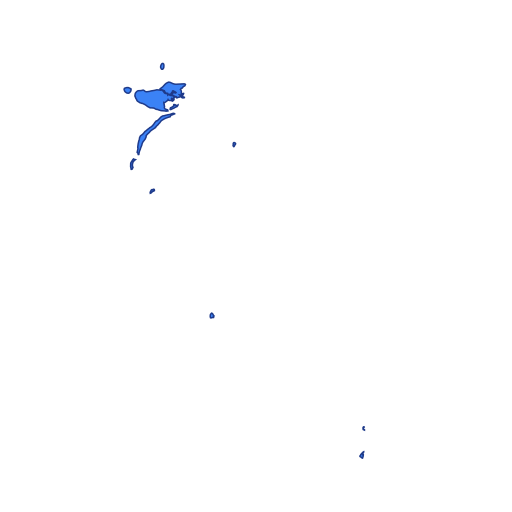 Temotu Pele, Solomon Islands, rotated 216°
{"feature_id": "97153195B69741272399773", "entity_name": "Temotu Pele", "entity_type": "district", "adm_level": 2, "iso_a3": "SLB", "parent_name": "Solomon Islands", "parent_adm1": "", "projection": "natural_earth1", "projection_center": [166.262, -10.185], "detail": "fine", "context": "isolated", "style": "filled", "palette": "blue", "viewbox_px": 512, "rotation_deg": 216, "n_neighbors": 0, "source": "geoboundaries", "source_scale": "gbopen_adm2", "svg_char_len": 6022}
<svg xmlns="http://www.w3.org/2000/svg" viewBox="0 0 512 512"><g transform="rotate(216 256 256)"><path d="M449.2,318.8L449.3,316.9L449.0,316.0L448.0,314.2L447.6,314.1L446.7,313.4L445.7,312.8L444.5,312.4L443.7,311.8L442.9,311.6L439.6,311.8L439.2,312.1L438.2,312.3L437.6,312.7L435.0,313.2L433.3,313.3L431.8,313.2L428.8,313.6L426.6,315.1L426.2,315.2L425.8,315.6L424.7,315.8L423.6,315.8L423.3,316.0L422.3,316.3L421.7,316.8L421.1,316.8L418.2,317.8L414.5,320.1L414.0,320.2L412.5,321.6L412.9,322.0L413.4,322.3L415.6,321.6L416.1,321.6L416.9,321.8L417.7,322.5L417.8,323.1L418.5,323.8L419.1,324.1L419.4,324.8L420.0,325.0L420.7,325.9L420.4,325.9L420.3,326.2L420.1,326.3L419.7,327.4L418.9,330.0L419.1,330.9L418.4,330.6L418.0,330.7L416.8,331.3L416.0,332.2L415.3,332.0L414.7,332.1L414.6,332.4L414.4,332.7L414.5,333.0L414.2,333.5L414.2,333.9L414.6,334.3L414.4,334.4L414.4,334.6L415.0,334.8L415.9,334.2L416.0,334.1L415.8,333.8L415.8,333.2L416.2,333.0L416.8,333.7L417.5,333.9L417.0,334.0L415.1,334.8L415.2,335.7L415.9,336.2L416.3,336.8L416.6,336.9L418.2,336.4L419.0,336.5L419.2,336.8L419.3,336.6L419.1,336.4L418.7,336.2L418.9,335.8L419.5,335.8L419.7,335.6L420.5,335.4L421.6,335.1L421.9,334.9L422.0,334.5L422.3,335.0L423.4,334.9L424.5,334.7L424.8,334.2L425.8,334.1L426.6,334.3L427.4,334.7L428.2,334.9L428.8,334.8L429.8,334.9L430.1,334.7L430.5,334.1L432.4,333.1L433.9,332.2L435.6,330.2L438.0,327.8L439.0,326.5L441.2,324.4L442.4,324.0L443.9,324.1L444.8,323.9L446.3,322.2L448.4,320.5L448.8,320.0L449.2,318.8ZM431.9,334.8L431.7,334.5L430.9,334.4L430.5,334.5L430.3,334.9L429.8,335.3L429.5,335.2L428.4,335.6L427.3,335.6L427.2,335.8L426.1,335.2L425.1,334.9L425.0,335.0L424.8,334.9L423.3,335.1L423.3,335.6L423.0,335.7L422.9,335.6L423.0,335.2L422.9,335.0L421.0,335.7L420.6,336.2L420.5,336.4L420.6,336.6L420.1,337.1L419.9,337.6L420.3,338.8L420.1,339.8L420.5,340.4L420.5,340.6L420.2,340.8L420.2,340.4L419.8,340.3L418.4,341.3L417.2,341.3L416.7,341.2L416.8,340.6L417.9,340.2L419.0,339.2L419.2,338.5L419.1,337.8L419.4,337.7L419.0,337.5L418.4,337.1L416.6,337.4L416.2,337.1L415.8,337.2L415.7,336.5L415.3,336.3L415.0,336.4L414.9,336.8L415.1,337.3L415.0,337.5L415.3,338.2L414.9,337.8L414.4,337.7L414.3,338.0L413.8,338.0L413.6,337.8L413.2,337.3L412.9,337.4L411.9,339.0L411.3,339.5L411.0,340.2L410.6,341.0L410.6,341.3L410.8,341.4L411.3,341.2L412.3,341.4L411.5,341.7L411.5,342.8L412.9,345.0L413.5,345.6L414.2,346.0L414.5,346.3L415.0,346.3L415.1,347.8L414.5,348.2L414.3,349.5L414.5,349.9L414.1,351.1L413.8,351.3L413.6,352.0L413.9,353.3L414.6,353.4L415.4,353.0L421.6,348.0L422.7,347.3L424.6,346.6L427.6,346.0L428.9,345.3L429.5,344.3L430.1,343.1L430.5,341.6L430.9,338.0L431.9,334.8ZM420.1,285.3L419.8,283.4L418.7,281.3L418.5,280.3L417.3,277.5L415.7,274.6L415.3,274.1L415.0,274.0L414.4,273.0L413.1,270.0L411.5,269.6L411.0,268.9L410.7,269.1L410.1,268.8L410.7,269.6L411.8,272.1L412.4,274.5L412.8,275.5L413.5,278.4L414.2,280.1L414.5,281.6L414.4,285.5L414.9,287.8L415.6,288.8L415.6,289.2L415.3,291.6L414.9,293.4L414.9,294.7L414.5,296.2L412.8,300.8L413.0,301.1L412.8,301.8L412.9,302.4L412.4,304.8L412.4,306.0L412.2,307.0L412.2,309.0L412.0,310.2L410.9,312.8L410.1,314.3L408.2,317.1L407.3,318.1L407.5,319.7L407.4,320.0L406.6,321.2L406.4,321.3L406.0,322.4L405.3,323.1L405.4,323.3L406.4,323.1L407.2,322.4L409.2,319.5L410.0,318.8L412.1,316.4L412.9,315.3L413.6,314.8L414.4,313.2L414.6,312.6L414.9,310.1L415.4,307.3L416.1,306.7L416.1,306.4L416.3,304.7L416.2,302.4L416.4,300.2L417.0,298.0L417.4,297.4L417.5,296.6L418.1,294.8L418.7,292.2L419.0,291.6L419.1,289.3L419.3,287.7L420.1,285.3ZM461.0,314.4L460.8,313.5L460.6,313.2L459.4,312.3L458.3,311.9L456.4,311.9L455.0,312.6L454.4,313.4L454.2,314.8L454.2,315.6L454.5,316.5L455.1,317.5L455.4,317.5L455.7,317.8L456.6,317.5L457.6,317.4L458.3,317.2L458.5,317.0L459.2,316.6L459.9,315.9L461.0,314.4ZM412.3,261.9L412.1,258.1L411.9,257.4L410.0,254.6L408.8,253.6L408.1,252.8L407.9,252.7L407.6,252.9L407.2,253.7L407.5,254.4L407.5,255.1L407.6,255.4L408.6,256.0L409.2,256.6L410.0,257.8L410.7,259.7L410.6,261.6L410.2,263.1L411.4,262.6L412.1,262.6L412.3,261.9ZM445.2,355.9L445.1,354.8L444.7,353.5L444.0,352.5L442.6,351.7L442.0,351.7L441.3,352.2L441.2,352.5L441.3,353.0L441.2,353.5L441.5,354.5L442.7,356.3L443.5,357.0L444.1,357.1L444.5,357.1L445.0,356.6L445.2,355.9ZM412.3,325.6L412.1,324.9L411.6,324.1L411.2,324.2L410.8,324.7L410.0,326.3L409.4,327.2L408.7,328.9L408.5,329.1L408.3,329.7L407.8,330.2L407.7,330.8L407.8,331.8L407.7,331.9L407.9,332.3L408.2,331.6L408.6,331.2L409.0,331.1L409.2,330.8L410.3,330.9L410.7,330.6L411.2,330.5L411.5,330.2L411.4,330.0L410.8,330.3L410.7,329.9L411.2,327.8L411.8,326.4L412.0,326.2L412.3,325.6ZM258.4,183.6L258.5,182.2L258.3,181.4L257.3,179.9L256.5,179.3L256.0,179.4L255.0,180.7L254.2,181.3L254.3,181.6L254.8,181.8L254.9,182.0L254.9,182.4L254.7,182.6L254.7,182.8L255.2,182.8L256.5,183.5L257.3,183.8L258.2,183.8L258.4,183.6ZM54.5,157.9L54.4,157.3L54.5,156.9L54.3,156.2L54.4,155.4L54.2,155.0L54.0,154.9L53.0,155.0L51.5,154.9L51.0,155.1L51.5,156.7L52.1,157.9L52.6,158.6L53.2,158.6L53.2,158.2L53.5,158.4L53.8,158.9L53.8,159.0L53.6,158.9L53.4,159.1L53.8,159.7L53.8,160.0L53.6,160.6L53.7,160.9L53.8,161.0L54.1,160.4L54.2,159.5L54.5,157.9ZM379.5,247.8L379.2,245.8L379.0,245.2L378.4,244.6L377.9,245.4L377.7,246.8L377.4,247.6L376.6,249.1L376.8,249.5L377.4,250.0L377.9,249.5L378.2,249.7L378.4,249.5L378.9,248.5L379.3,248.4L379.5,247.8ZM340.7,334.3L340.6,333.7L340.0,332.9L339.6,332.0L338.7,331.4L338.2,331.4L338.1,331.6L338.2,332.9L338.4,333.3L338.3,334.4L338.7,335.1L339.1,335.2L340.3,335.0L340.6,334.7L340.7,334.3ZM410.9,344.1L410.6,343.1L410.7,341.8L410.3,341.4L410.4,341.0L409.8,340.6L409.4,340.6L409.5,341.2L409.8,341.5L409.7,342.4L409.8,344.0L410.0,344.9L410.1,345.0L410.5,344.8L410.9,344.1ZM68.6,180.2L67.7,178.9L67.2,178.6L65.9,178.9L66.1,179.2L66.8,179.1L67.5,179.3L68.0,179.9L68.0,180.4L67.9,181.2L68.1,181.3L68.3,181.3L68.6,180.9L68.6,180.2ZM408.7,341.1L408.5,340.9L408.2,340.8L407.1,341.8L407.0,342.0L407.2,342.3L408.2,342.1L408.5,341.8L408.7,341.1Z" fill="#3b82f6" stroke="#1e3a8a" stroke-width="1.5"/></g></svg>